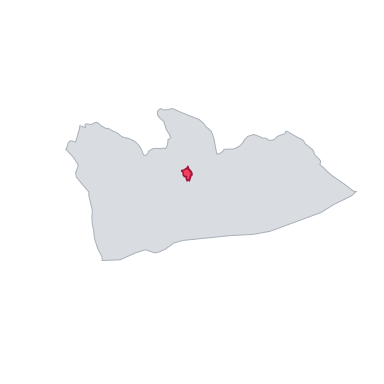 Boinsen, Bong, Liberia (highlighted), rotated 308°
{"feature_id": "62588387B25170598917016", "entity_name": "Boinsen", "entity_type": "district", "adm_level": 2, "iso_a3": "LBR", "parent_name": "Liberia", "parent_adm1": "Bong", "projection": "natural_earth1", "projection_center": [-9.229, 6.691], "detail": "fine", "context": "in_parent", "style": "filled", "palette": "rose", "viewbox_px": 384, "rotation_deg": 308, "n_neighbors": 0, "source": "geoboundaries", "source_scale": "gbopen_adm2", "svg_char_len": 3508}
<svg xmlns="http://www.w3.org/2000/svg" viewBox="0 0 384 384"><g transform="rotate(308 192 192)"><path d="M82.8,163.5L85.6,160.8L89.8,151.9L95.6,143.4L101.0,138.4L105.3,133.2L109.8,129.2L116.3,124.6L126.2,112.3L128.5,110.9L130.1,102.5L132.6,91.7L135.5,88.4L142.3,86.4L143.8,84.5L146.3,76.9L147.8,68.1L147.9,66.2L150.6,65.9L155.1,64.0L157.8,64.9L158.9,67.4L159.5,69.6L173.3,64.1L174.5,62.9L175.3,63.1L177.0,68.1L178.0,67.8L178.8,66.3L179.8,66.2L180.8,66.9L181.9,69.2L183.7,71.3L186.7,72.7L188.5,74.7L188.3,80.0L189.1,85.2L190.4,86.4L191.0,89.5L191.4,92.9L192.1,94.7L192.6,98.1L192.4,101.7L192.9,104.3L195.1,108.8L196.5,114.4L196.5,118.3L195.7,122.5L194.2,126.3L191.6,130.5L191.4,132.1L193.0,133.2L195.3,133.4L197.2,132.6L202.1,134.5L204.6,137.2L206.9,140.6L208.9,142.3L209.8,144.5L213.3,143.9L217.3,141.8L218.2,140.8L219.4,141.4L221.9,141.6L223.8,137.9L225.2,133.6L228.3,129.0L229.9,127.2L230.3,124.2L230.5,120.4L231.6,117.1L234.2,115.3L236.9,115.3L238.5,116.0L239.2,119.2L241.5,121.7L243.4,123.3L244.4,124.0L246.0,125.9L247.5,132.4L253.5,153.2L253.2,158.9L252.0,162.7L252.0,166.4L251.6,170.0L247.9,176.0L237.2,188.1L238.0,189.2L240.6,190.6L243.2,191.3L245.3,190.9L248.0,194.0L250.9,197.8L254.0,199.8L258.4,201.5L262.3,201.7L265.6,201.0L270.2,201.8L275.2,205.0L277.0,210.2L278.1,214.7L279.9,217.0L280.1,221.0L283.6,224.4L288.6,225.1L295.1,229.2L296.8,229.0L297.5,228.5L298.3,229.2L299.9,240.9L301.2,247.1L300.6,249.7L299.7,251.6L299.6,261.1L296.7,266.5L296.2,272.5L295.4,274.4L292.2,276.1L292.2,280.7L291.4,286.2L291.1,292.1L292.0,307.5L292.1,318.9L293.6,321.1L287.4,320.1L269.4,311.4L255.5,306.4L209.1,277.7L196.2,266.2L181.3,249.1L148.2,214.6L140.7,209.1L131.2,206.4L125.3,203.5L121.1,200.3L117.8,190.8L109.5,185.1L94.2,177.0L82.8,163.5Z" fill="#d9dde1" stroke="#a8b0b8" stroke-width="1"/><path d="M209.6,173.1L208.4,173.2L207.8,173.3L207.4,173.2L207.2,173.1L206.7,173.0L206.0,172.6L205.9,172.6L205.0,172.4L204.8,172.3L204.2,172.1L203.8,171.7L203.4,171.4L203.2,171.2L202.7,170.7L202.2,170.9L202.1,171.0L202.1,172.6L201.8,173.3L201.6,173.4L200.7,174.0L200.2,174.5L199.9,174.8L199.7,175.3L199.8,175.5L199.8,175.8L199.8,176.2L199.5,176.5L199.9,176.8L199.9,177.3L200.4,177.6L200.6,177.9L200.7,178.1L200.1,178.6L199.4,179.0L198.9,179.3L198.9,179.5L198.7,179.8L198.7,180.2L198.4,180.4L198.1,180.8L197.9,181.1L198.3,181.2L198.2,181.2L198.3,181.0L198.6,181.0L198.8,181.3L199.0,181.5L199.3,181.8L199.5,181.9L199.5,182.1L199.3,182.5L199.1,182.7L199.1,182.8L199.2,183.0L199.4,182.9L199.6,182.9L199.7,182.7L199.8,182.6L200.1,182.6L200.4,182.5L200.8,182.5L201.2,182.4L201.4,182.2L201.5,182.0L201.7,181.9L201.9,181.9L202.0,182.0L202.3,182.0L202.4,181.8L202.5,181.7L202.8,181.6L203.0,181.4L203.0,181.2L203.4,181.3L203.6,181.3L203.8,181.4L204.0,181.3L204.2,181.1L204.4,181.1L204.6,181.1L204.8,181.1L204.8,180.9L204.7,180.5L204.8,180.4L205.0,180.3L205.3,180.7L205.5,181.1L205.6,181.3L205.7,181.2L205.9,181.2L206.0,181.0L206.0,180.8L206.0,180.6L206.3,180.6L206.4,180.8L206.5,181.0L206.5,180.9L206.7,180.4L207.0,180.0L207.0,179.9L207.1,179.6L207.2,179.3L207.2,179.0L207.3,178.9L207.5,178.8L207.6,178.7L206.9,178.0L206.9,177.9L206.9,177.6L207.2,177.4L207.3,177.6L207.5,177.7L207.7,177.2L207.9,177.1L208.0,177.0L208.1,176.8L207.8,176.2L207.9,175.8L208.0,175.8L208.0,175.5L207.6,175.4L207.6,175.2L207.9,174.7L208.1,174.8L208.4,174.9L208.5,174.8L208.5,174.5L208.4,174.2L208.5,173.9L208.6,173.6L208.9,173.3L209.3,173.4L209.4,173.5L209.5,173.3L209.6,173.2L209.6,173.1Z" fill="#f43f5e" stroke="#9f1239" stroke-width="1.5"/></g></svg>